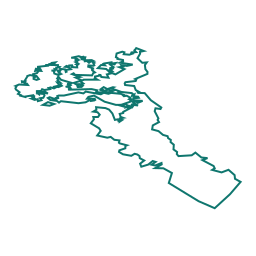 Hábmer smj 2, Nordland, Norway
{"feature_id": "86288312B17604167467724", "entity_name": "Hábmer smj 2", "entity_type": "district", "adm_level": 2, "iso_a3": "NOR", "parent_name": "Norway", "parent_adm1": "Nordland", "projection": "robinson", "projection_center": [15.771, 67.88], "detail": "fine", "context": "isolated", "style": "outline", "palette": "teal", "viewbox_px": 256, "rotation_deg": 0, "n_neighbors": 0, "source": "geoboundaries", "source_scale": "gbopen_adm2", "svg_char_len": 5486}
<svg xmlns="http://www.w3.org/2000/svg" viewBox="0 0 256 256"><path d="M119.0,151.9L123.0,154.3L131.3,155.8L134.6,153.8L137.4,154.5L139.5,156.0L139.8,158.2L144.2,160.5L140.1,163.7L141.3,166.7L148.2,164.6L152.7,161.0L155.6,161.9L151.6,164.7L155.2,165.5L161.5,163.0L161.7,164.4L155.2,168.1L163.4,168.3L171.9,173.0L168.8,183.0L198.6,201.2L214.7,208.2L230.0,194.2L240.6,181.9L235.0,178.8L234.6,175.1L228.5,169.8L221.6,172.4L212.2,169.9L214.7,168.3L213.6,166.0L202.4,160.1L207.5,158.1L201.4,157.5L195.4,152.6L191.7,155.3L178.5,156.1L176.8,154.1L177.1,152.0L173.5,149.4L173.8,144.7L170.6,142.1L170.8,139.9L168.1,138.1L167.6,136.2L163.0,134.9L158.5,131.1L152.1,129.4L152.8,125.4L159.0,122.1L157.6,119.9L158.4,118.4L154.7,111.2L155.5,108.3L160.5,109.0L161.3,107.5L150.8,100.2L144.7,93.1L138.1,92.9L137.7,92.2L139.2,92.0L135.7,90.0L134.2,86.0L125.1,85.0L124.7,83.4L125.4,82.2L135.7,81.0L136.3,79.6L135.2,79.0L147.4,73.9L147.5,71.9L145.4,69.2L144.9,65.0L146.8,62.4L142.3,62.8L137.5,58.2L140.1,53.7L140.0,51.8L143.8,51.0L135.4,47.8L136.2,48.4L134.4,50.3L136.1,52.1L131.5,52.4L131.2,53.1L132.3,53.7L129.4,54.7L123.7,54.2L124.4,52.3L122.3,51.7L116.6,53.5L115.9,57.2L117.5,57.9L117.4,58.9L123.0,60.0L123.1,61.3L119.9,62.7L132.7,64.6L126.9,65.9L121.2,65.1L121.9,66.2L124.6,66.3L119.4,67.2L124.4,69.1L115.4,74.4L110.6,72.6L108.6,72.6L110.7,73.5L106.9,74.4L108.5,77.7L101.3,77.0L100.5,75.0L98.4,74.8L99.7,75.6L94.2,76.7L95.5,77.1L94.8,78.2L97.5,79.7L83.6,79.7L80.4,81.5L83.5,83.6L80.8,85.2L82.7,85.8L81.6,86.9L77.7,87.0L77.3,85.8L79.8,84.2L75.9,84.2L73.8,82.9L81.9,80.4L75.9,77.7L79.8,77.0L72.0,74.1L73.6,73.3L75.2,74.9L92.1,75.4L93.2,73.1L94.9,72.4L92.2,70.3L92.7,69.0L91.1,68.7L93.2,68.6L93.2,68.4L88.2,66.7L88.6,65.4L87.4,65.3L93.2,65.8L94.3,65.3L93.3,63.3L94.2,62.9L91.7,61.5L93.5,61.0L91.7,60.1L87.8,60.2L87.6,61.3L89.8,62.2L89.0,62.8L86.9,61.0L83.8,61.4L87.7,60.5L80.8,59.0L85.0,58.4L85.3,57.3L83.2,57.2L84.2,56.6L79.6,57.5L80.9,56.9L78.8,56.2L71.2,57.8L75.5,57.8L76.0,58.6L74.6,58.9L77.4,59.0L78.2,59.6L74.7,59.9L77.5,60.6L75.9,61.5L78.0,61.3L75.6,62.1L77.8,63.4L76.6,64.2L78.1,64.4L77.0,65.4L77.2,67.4L70.8,67.1L72.6,66.5L72.1,65.3L69.1,65.5L68.8,66.7L66.5,65.9L65.2,66.8L69.6,67.2L68.9,67.4L70.8,69.2L65.4,70.0L66.5,71.7L65.8,72.0L65.1,69.4L60.2,68.9L60.5,70.1L58.8,70.5L59.6,71.5L58.3,71.6L59.2,72.7L57.9,72.3L61.0,74.0L58.4,75.0L54.3,73.5L53.7,70.7L51.4,70.6L54.8,70.5L54.5,69.1L56.5,69.6L56.5,67.9L55.3,67.7L59.0,67.4L58.6,68.1L59.7,67.0L57.9,66.7L58.0,65.1L52.8,65.0L55.4,62.4L51.1,63.0L51.8,63.0L50.1,64.0L51.5,63.8L52.9,64.4L50.5,64.2L51.2,64.9L46.1,65.0L45.3,65.4L47.9,65.2L48.0,65.7L38.0,66.8L37.9,68.1L39.2,67.8L38.6,68.4L39.5,68.3L39.9,68.7L38.7,68.8L39.9,69.8L35.9,68.8L35.2,70.9L40.4,69.8L41.2,70.9L38.7,70.8L37.0,73.1L33.1,74.2L33.5,75.6L36.5,76.0L38.9,79.1L36.6,79.9L33.6,78.9L33.6,77.3L34.9,77.0L34.5,75.8L30.0,75.1L26.6,76.3L27.4,76.4L24.1,81.7L21.9,81.3L22.0,82.2L25.2,81.7L24.6,82.6L25.3,83.0L23.6,83.2L25.4,83.6L24.2,84.3L26.9,83.7L27.9,85.0L19.1,84.5L15.8,85.9L16.6,86.2L15.4,88.3L15.9,89.5L19.5,92.2L18.0,93.9L20.8,95.1L20.4,95.7L26.4,97.3L25.5,96.5L34.1,95.1L33.2,95.8L34.2,96.2L34.0,97.5L33.2,97.5L34.2,98.2L31.6,98.7L34.6,99.9L37.7,99.2L37.9,101.1L41.5,100.2L40.1,98.2L43.3,97.8L44.5,95.5L43.9,94.0L39.1,93.5L39.1,94.4L37.8,93.5L38.9,93.2L37.5,93.3L38.0,92.2L36.9,92.0L36.9,91.1L41.1,91.0L42.1,89.2L44.4,90.0L50.0,89.1L49.2,88.1L50.7,88.2L49.5,87.8L50.4,87.4L54.0,88.4L55.9,87.4L52.9,87.0L57.7,85.9L56.9,86.9L58.4,87.1L61.8,85.7L60.6,84.5L59.4,85.2L57.1,82.4L60.2,82.6L57.7,80.5L58.3,80.0L57.3,78.6L57.6,78.5L57.8,77.2L58.3,76.6L61.0,79.8L72.0,83.0L70.4,84.2L67.1,83.9L70.0,85.4L65.6,86.9L69.1,86.3L70.1,87.4L69.2,87.9L70.4,88.6L68.2,89.7L91.6,89.1L97.2,90.3L96.2,91.8L99.0,92.4L109.8,92.1L106.4,92.6L108.3,93.2L112.7,91.1L108.1,89.7L104.8,90.7L99.5,89.8L102.3,89.1L101.7,88.5L103.7,87.1L107.3,89.1L112.9,87.2L113.5,87.3L111.2,88.4L119.0,91.1L117.4,91.5L131.8,93.1L132.8,93.9L132.1,95.6L134.3,94.5L133.7,96.3L138.1,96.7L138.8,97.8L133.4,98.3L133.3,100.3L142.6,100.9L137.7,102.9L137.0,102.3L138.4,101.6L133.3,101.8L133.1,102.7L138.0,105.5L130.9,104.5L133.3,105.8L132.1,107.4L129.1,105.8L126.8,106.8L127.8,105.5L125.5,104.3L121.1,105.8L130.0,108.3L123.2,111.9L123.2,113.0L119.7,113.9L120.6,116.9L123.1,117.8L119.9,118.4L119.9,119.4L122.2,120.0L119.5,121.8L119.4,119.6L118.3,120.6L117.9,119.3L114.9,119.9L112.4,113.5L109.1,109.6L105.5,108.1L96.1,107.2L96.4,109.8L93.3,111.6L97.5,112.2L99.7,114.7L98.0,117.0L93.3,117.0L93.9,119.3L90.8,123.3L99.1,128.3L100.7,130.9L97.2,135.5L107.3,137.7L110.7,136.9L114.3,139.8L119.5,140.4L118.9,142.7L119.8,143.4L126.9,145.3L125.4,145.9L125.3,148.3L119.4,150.3L119.0,151.9ZM100.8,94.3L85.7,91.6L83.4,93.4L78.4,92.4L64.1,95.5L58.8,95.5L57.3,96.1L58.0,97.5L56.6,97.8L57.4,98.4L55.2,99.2L49.7,97.2L47.9,98.0L50.3,100.0L56.9,100.9L59.0,102.6L60.9,101.2L78.5,103.2L85.6,102.3L89.9,100.0L90.7,101.0L94.4,100.4L95.2,99.9L94.7,98.8L87.0,98.7L88.4,96.9L94.0,95.6L104.6,101.7L116.0,104.9L121.2,104.8L131.8,101.2L130.4,100.2L131.2,99.4L129.2,99.1L130.3,98.0L128.9,96.9L126.6,95.7L123.9,96.2L123.0,95.3L123.6,94.8L120.6,93.8L111.1,92.9L108.4,93.8L103.8,92.8L100.8,94.3ZM111.6,62.3L104.0,63.5L103.4,63.8L104.9,65.3L101.1,65.0L97.9,68.1L106.2,69.0L108.6,71.2L112.2,71.2L111.2,70.3L112.3,70.1L110.1,69.8L113.9,68.2L109.3,68.5L113.4,67.0L110.0,64.5L111.5,63.6L114.5,64.4L115.7,63.0L111.8,63.5L111.6,62.3ZM48.0,102.1L42.9,104.9L49.6,105.7L54.1,104.0L48.0,102.1ZM45.2,91.8L37.7,92.0L47.9,93.5L45.2,91.8Z" fill="none" stroke="#0f766e" stroke-width="2"/></svg>